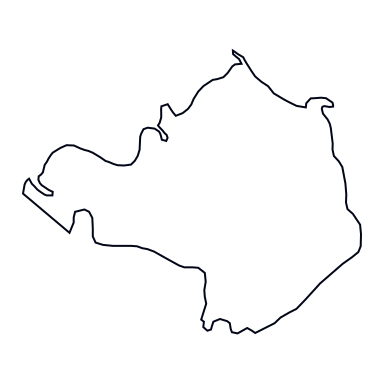 outline of Sarikei, Sarawak, Malaysia
{"feature_id": "92858781B34394756888936", "entity_name": "Sarikei", "entity_type": "district", "adm_level": 2, "iso_a3": "MYS", "parent_name": "Malaysia", "parent_adm1": "Sarawak", "projection": "mercator", "projection_center": [111.411, 2.079], "detail": "fine", "context": "isolated", "style": "outline", "palette": "ink", "viewbox_px": 384, "rotation_deg": 0, "n_neighbors": 0, "source": "geoboundaries", "source_scale": "gbopen_adm2", "svg_char_len": 2308}
<svg xmlns="http://www.w3.org/2000/svg" viewBox="0 0 384 384"><path d="M255.2,333.0L274.6,323.2L280.6,317.5L289.3,312.5L296.4,308.9L305.4,299.6L313.5,290.7L320.0,283.5L342.7,263.8L352.0,257.2L358.3,252.1L359.1,250.2L360.7,246.2L361.0,234.2L360.1,224.7L352.9,213.9L347.5,209.1L346.0,202.5L346.3,194.5L345.4,183.4L342.3,167.0L338.8,161.3L333.9,156.0L332.5,149.5L332.7,143.5L330.8,128.0L329.7,123.6L327.6,119.4L323.0,113.7L321.8,108.9L322.4,106.8L324.3,106.1L329.5,107.0L333.1,106.6L333.1,104.9L332.5,102.6L326.0,98.2L320.9,97.7L314.6,98.2L310.7,98.4L306.3,103.2L305.8,107.4L296.6,105.9L289.1,102.2L284.2,99.6L273.8,93.4L268.1,86.2L261.4,81.8L255.1,76.4L251.1,70.5L249.8,68.4L246.5,63.2L244.6,60.0L243.3,57.3L237.9,54.1L234.8,51.8L232.9,50.6L233.1,54.1L236.0,56.6L239.2,59.2L241.5,63.8L235.0,64.4L232.2,66.5L227.8,72.8L223.4,77.2L217.3,79.1L212.7,79.9L203.5,86.0L198.3,91.5L193.6,99.0L191.3,104.5L188.0,108.9L182.7,113.1L175.8,115.8L173.1,112.6L171.0,109.5L167.7,104.2L161.4,106.3L161.1,109.3L161.2,112.2L161.2,114.7L161.2,117.5L159.7,122.7L158.0,125.4L159.5,127.3L162.6,130.5L164.3,132.8L166.6,134.9L167.6,137.8L166.2,141.0L161.8,139.7L161.1,136.6L160.3,133.8L159.0,131.5L154.6,128.6L147.7,127.7L143.5,129.2L141.1,133.9L140.2,136.8L139.6,149.7L137.8,155.7L134.9,160.7L131.0,164.6L124.1,165.5L117.5,165.2L113.6,164.0L108.6,161.9L105.6,161.0L100.5,157.4L92.7,152.7L88.3,150.9L84.7,150.0L80.5,148.5L73.9,145.5L66.5,145.2L60.5,147.9L57.5,149.7L52.7,152.7L50.6,155.4L48.5,158.6L47.0,161.6L44.7,164.9L43.8,168.5L42.9,172.4L41.1,174.5L38.7,176.3L38.4,179.8L39.9,183.1L41.7,185.2L45.3,187.6L48.8,190.0L52.7,191.8L52.4,195.4L46.7,195.4L44.4,194.5L40.8,192.1L37.5,189.7L34.5,186.4L31.8,183.7L29.1,178.7L27.6,179.8L25.8,181.9L24.6,184.6L23.0,193.6L69.5,232.8L73.7,222.5L73.7,217.4L75.1,211.8L84.4,209.5L89.1,211.8L92.3,217.9L92.8,228.6L92.8,236.5L95.6,242.6L103.1,244.9L113.3,245.9L119.9,245.9L131.5,245.9L137.1,246.3L142.3,248.2L147.4,249.1L153.9,251.5L168.9,259.9L179.1,265.5L184.3,267.3L192.2,267.3L198.3,267.8L204.8,272.9L205.7,281.8L204.3,290.2L204.8,296.7L206.2,303.7L201.2,319.6L203.9,321.7L203.3,327.1L207.4,330.7L211.0,329.5L211.9,326.2L213.4,321.7L220.0,319.0L227.1,321.1L229.8,323.2L230.7,328.9L231.9,332.2L237.6,333.4L247.2,328.0L251.9,330.7L255.2,333.0Z" fill="none" stroke="#020617" stroke-width="2"/></svg>